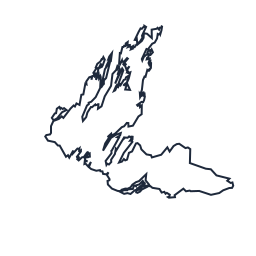 Lindås nor, Hordaland, Norway, rotated 71°
{"feature_id": "86288312B23917972553599", "entity_name": "Lindås nor", "entity_type": "district", "adm_level": 2, "iso_a3": "NOR", "parent_name": "Norway", "parent_adm1": "Hordaland", "projection": "albers", "projection_center": [5.308, 60.697], "detail": "fine", "context": "isolated", "style": "outline", "palette": "slate", "viewbox_px": 256, "rotation_deg": 71, "n_neighbors": 0, "source": "geoboundaries", "source_scale": "gbopen_adm2", "svg_char_len": 5787}
<svg xmlns="http://www.w3.org/2000/svg" viewBox="0 0 256 256"><g transform="rotate(71 128 128)"><path d="M72.2,153.9L81.7,159.3L81.4,161.3L90.4,166.3L88.0,168.7L90.4,171.2L89.0,172.1L90.9,176.0L97.4,185.8L95.4,186.9L96.9,190.4L97.1,196.3L101.2,200.2L107.6,202.4L108.7,203.8L108.1,207.5L109.1,209.0L113.9,207.8L117.5,201.8L121.7,200.0L122.4,198.3L135.0,196.0L134.2,193.6L136.9,193.2L131.5,187.1L134.1,188.2L131.0,182.5L131.8,181.4L131.4,180.5L133.9,181.8L134.4,181.5L133.8,179.8L134.9,180.2L138.6,185.7L139.7,185.6L139.3,183.3L141.0,186.1L142.6,185.2L140.7,180.9L141.1,179.3L137.8,174.6L137.7,173.1L140.1,177.6L140.6,176.2L139.8,175.4L139.5,172.5L142.7,173.4L142.3,175.8L140.3,175.0L140.8,176.1L142.5,175.8L142.0,178.8L144.8,178.8L146.4,177.1L145.1,179.6L147.8,180.9L147.7,179.8L151.4,178.2L148.0,174.1L152.3,177.7L154.8,176.2L158.1,171.9L158.7,168.2L159.9,168.2L160.7,166.3L163.3,166.5L164.8,163.5L163.6,160.9L165.7,163.2L170.4,162.1L171.3,162.6L171.4,164.6L174.9,165.4L180.1,162.9L184.1,158.3L185.3,155.5L184.3,154.2L184.4,150.3L185.3,148.1L184.9,144.9L183.0,142.3L181.8,138.1L181.8,134.9L177.6,125.8L183.2,128.4L188.1,126.6L189.3,128.0L190.0,126.6L188.8,126.7L192.5,124.4L195.9,118.1L200.0,117.2L200.2,114.4L202.4,113.9L202.0,112.4L204.7,110.2L206.2,111.2L206.3,112.7L207.2,112.0L208.7,106.1L206.7,105.8L203.4,95.4L206.7,93.8L207.3,90.0L208.2,89.3L210.7,81.2L218.2,71.3L219.2,62.9L217.9,58.3L217.7,51.8L218.5,49.1L216.8,47.3L213.5,47.0L213.4,48.8L210.2,51.3L208.9,48.6L201.6,59.8L194.0,63.1L191.8,67.7L181.3,80.9L168.2,76.0L165.9,77.7L165.7,80.2L159.6,84.7L159.1,87.2L159.9,90.8L163.8,96.3L159.1,97.1L164.1,105.3L163.6,115.0L161.2,115.1L159.0,119.1L152.6,122.3L148.4,122.2L145.4,123.9L145.2,125.5L151.5,131.8L151.8,135.2L157.6,139.2L157.7,141.2L156.0,142.0L157.8,144.7L157.7,147.7L150.1,140.0L142.5,128.3L140.9,128.4L140.6,130.1L139.1,128.0L140.6,128.5L140.2,127.5L137.8,126.5L137.2,127.8L137.8,128.6L136.3,129.7L137.1,131.5L136.1,133.8L136.5,134.7L135.1,134.1L146.4,147.6L144.2,145.9L143.5,146.2L148.3,148.8L152.5,154.3L154.7,154.9L156.3,157.9L155.0,159.2L155.9,160.4L151.9,159.9L146.5,151.8L143.5,151.0L144.5,151.2L134.2,139.7L133.2,141.2L132.5,137.9L130.4,136.5L130.5,141.6L131.8,147.3L141.3,159.0L135.2,154.6L129.3,147.0L129.9,150.3L127.9,145.7L129.9,146.0L129.0,141.7L125.2,133.6L125.1,131.1L122.8,127.5L123.4,126.1L126.8,127.1L127.4,122.6L120.5,114.4L119.4,110.6L111.1,107.6L112.1,109.8L110.2,109.3L110.2,111.6L109.2,111.9L107.7,106.7L108.5,105.3L107.0,103.8L103.9,101.9L102.3,102.9L102.4,101.6L100.5,101.1L100.0,101.9L101.8,102.9L102.0,104.4L99.4,102.4L99.4,103.7L100.8,104.1L99.3,104.1L102.1,105.7L102.8,106.5L99.5,105.6L100.1,105.4L96.6,102.5L87.5,98.2L84.7,95.6L85.3,94.8L79.5,90.9L80.2,90.6L79.7,89.4L80.6,89.9L80.7,89.5L78.7,86.8L74.0,85.0L73.1,85.4L75.2,87.3L73.3,87.4L72.8,85.5L71.8,85.0L71.8,86.3L69.3,84.7L68.9,86.0L69.4,86.1L69.2,88.0L67.9,87.1L67.8,85.7L65.9,85.1L66.3,83.0L64.5,79.8L61.4,80.1L63.3,82.2L61.5,82.1L61.5,83.6L63.1,85.2L64.8,84.4L64.5,86.2L66.0,90.0L68.8,92.5L67.3,92.5L59.3,84.8L60.2,83.7L56.2,77.7L55.9,74.9L52.8,71.4L48.8,69.3L49.6,68.6L48.8,66.9L49.8,66.9L46.6,64.6L43.2,62.8L42.9,63.1L43.9,63.8L43.5,65.4L45.1,66.6L42.9,67.5L43.5,68.6L42.7,73.6L50.7,76.2L45.1,79.3L43.6,82.2L47.8,83.9L50.2,86.6L51.9,91.1L51.2,90.8L51.8,92.8L53.7,95.4L53.0,96.2L53.5,97.6L54.5,97.5L54.6,99.5L52.3,97.2L52.7,99.4L51.3,99.4L51.4,101.4L50.0,99.7L49.5,101.6L46.6,100.3L47.3,102.6L49.7,103.7L49.0,104.9L49.9,105.8L49.6,106.9L55.1,110.4L54.5,111.3L63.9,115.3L63.6,114.2L65.0,114.6L62.1,111.7L63.6,112.0L63.6,109.6L61.6,106.1L62.4,105.6L66.1,111.7L67.4,111.2L66.6,108.6L67.8,110.5L72.2,110.4L70.1,106.5L73.3,110.5L73.9,110.3L73.5,109.2L74.4,110.1L74.2,108.9L75.5,110.6L76.2,109.8L76.1,107.7L81.5,111.2L84.9,114.4L92.6,113.7L90.7,118.1L87.2,115.6L85.7,116.5L86.7,118.4L85.7,117.6L84.6,114.2L78.7,110.1L79.5,113.5L81.8,114.9L81.1,114.6L81.2,116.4L86.0,122.1L83.8,120.5L83.8,122.1L86.2,124.1L85.6,124.7L86.1,125.9L88.2,127.8L88.4,129.2L84.6,125.7L84.1,125.0L85.1,125.0L83.0,122.6L71.9,113.6L69.8,114.1L81.8,125.7L72.5,117.7L71.2,117.6L74.4,120.7L69.4,116.6L67.2,117.0L69.1,119.2L68.4,119.4L64.8,117.0L69.3,120.3L71.9,125.1L82.6,130.3L90.5,139.7L98.9,146.0L100.0,150.1L95.1,147.8L96.0,148.5L95.9,151.2L95.1,151.3L96.6,155.2L96.1,156.2L100.1,161.3L104.1,164.0L106.7,168.3L102.5,167.6L93.4,159.5L92.7,157.3L91.3,157.0L91.2,154.2L88.3,148.5L81.1,141.3L71.0,137.2L69.8,137.2L71.6,139.2L67.9,138.3L72.0,142.6L67.4,140.3L68.6,142.9L67.4,143.5L67.3,144.9L70.5,146.8L67.5,145.6L67.4,148.1L70.5,152.4L73.2,153.0L72.2,153.9ZM185.0,130.6L182.8,131.3L185.0,135.6L184.9,138.8L185.7,139.4L184.7,140.0L184.8,141.4L187.2,143.3L186.0,148.1L186.6,148.9L185.5,152.0L185.9,156.1L189.0,153.1L189.4,149.7L191.2,147.1L189.1,141.9L189.2,139.3L188.4,139.2L186.4,133.1L187.5,130.9L185.8,130.3L185.5,132.4L184.6,131.6L185.0,130.6ZM38.3,78.0L36.8,79.2L37.9,79.5L37.3,80.0L38.7,82.7L37.9,83.7L40.5,86.6L46.9,92.9L47.5,91.6L46.7,90.7L50.6,91.6L50.5,89.1L47.4,85.0L45.3,84.7L38.3,78.0ZM85.7,186.1L86.6,189.0L90.6,191.2L90.4,192.5L93.6,196.7L96.5,195.9L95.8,191.9L91.6,185.2L91.0,180.3L88.4,182.0L88.8,183.5L87.1,184.8L87.8,185.8L85.7,186.1ZM55.8,127.7L52.9,128.2L55.3,130.4L53.7,129.8L56.2,132.6L57.3,136.1L60.4,138.9L61.2,138.3L64.6,142.8L66.7,142.6L66.5,141.0L65.2,141.6L66.5,140.3L65.8,138.7L63.0,137.0L61.3,138.0L61.7,136.0L58.2,132.4L61.8,134.1L61.6,132.6L59.9,131.2L60.9,131.8L55.8,127.7ZM61.3,124.5L61.0,125.7L64.9,130.7L81.2,140.5L78.0,136.3L75.3,136.5L77.0,136.0L74.0,134.8L74.5,134.0L73.6,132.4L61.3,124.5ZM188.7,129.0L188.1,133.5L189.9,137.2L189.8,140.6L191.5,141.2L192.4,140.1L192.0,137.2L190.7,135.1L189.9,129.0L188.7,129.0ZM59.3,122.5L51.9,118.8L54.4,122.5L55.9,123.7L55.5,122.6L56.4,122.5L63.0,129.0L59.7,125.4L60.3,125.1L59.3,122.5Z" fill="none" stroke="#1e293b" stroke-width="2"/></g></svg>